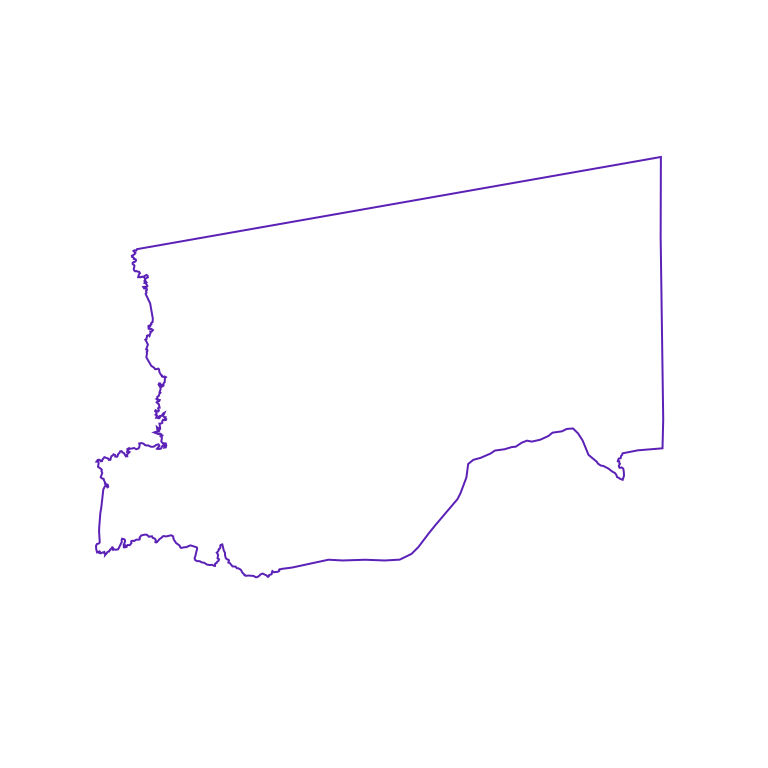 outline of Pegunungan Bintang, Papua, Indonesia, rotated 260°
{"feature_id": "22746128B40289792856685", "entity_name": "Pegunungan Bintang", "entity_type": "district", "adm_level": 2, "iso_a3": "IDN", "parent_name": "Indonesia", "parent_adm1": "Papua", "projection": "natural_earth1", "projection_center": [140.263, -4.495], "detail": "fine", "context": "isolated", "style": "outline", "palette": "violet", "viewbox_px": 768, "rotation_deg": 260, "n_neighbors": 0, "source": "geoboundaries", "source_scale": "gbopen_adm2", "svg_char_len": 6091}
<svg xmlns="http://www.w3.org/2000/svg" viewBox="0 0 768 768"><g transform="rotate(260 384 384)"><path d="M559.5,696.1L559.7,164.2L558.5,163.3L559.0,161.5L558.5,160.4L556.2,162.0L555.1,160.8L554.0,157.9L553.0,157.9L552.4,159.0L551.5,159.5L550.6,159.3L550.0,161.0L548.5,161.2L547.4,159.6L547.6,158.6L546.8,157.4L545.6,157.4L544.7,158.4L543.7,158.8L540.5,157.4L539.2,157.7L538.2,158.6L538.4,159.6L537.6,160.5L537.0,162.3L535.5,162.9L534.5,161.7L531.9,160.5L531.8,161.7L531.4,162.4L531.7,163.5L531.4,164.2L531.7,165.0L530.8,166.2L532.0,167.0L532.6,169.2L531.5,170.0L530.1,170.0L529.0,166.8L528.0,166.9L527.2,166.1L526.5,167.2L525.6,167.6L525.8,166.2L525.1,165.7L524.6,167.0L521.6,168.0L521.0,167.0L521.4,163.8L519.7,164.4L519.3,166.8L517.9,166.9L517.0,165.7L515.3,166.0L514.2,164.9L504.0,167.7L488.5,167.7L485.2,166.9L484.9,165.9L484.0,165.1L483.4,165.4L482.8,164.6L481.8,164.0L482.4,163.1L481.9,162.0L480.2,161.9L480.7,162.7L479.1,162.4L478.7,164.4L477.2,165.8L476.0,164.2L476.3,163.0L475.0,163.0L471.9,161.3L472.7,160.7L473.0,159.9L472.6,158.9L471.4,158.7L470.4,158.0L469.7,158.1L469.0,156.6L468.2,157.1L463.8,158.3L459.4,155.8L458.9,156.8L457.6,156.8L456.7,155.8L455.6,156.0L451.5,154.6L442.2,158.0L440.0,160.4L438.4,161.1L438.1,162.7L438.4,164.2L437.5,165.0L434.7,164.9L431.8,165.9L430.9,166.9L430.0,166.6L429.3,167.8L429.5,169.3L428.6,170.4L427.9,169.3L423.8,168.3L423.1,167.1L420.6,166.5L420.0,164.8L421.6,164.8L421.5,163.7L423.3,163.8L423.7,162.8L422.7,161.9L419.0,163.3L417.3,162.9L414.8,161.5L414.2,162.2L413.5,161.2L411.6,160.3L410.7,158.5L409.7,158.2L408.8,158.5L408.6,157.5L407.7,158.5L407.1,160.3L406.2,159.6L406.1,157.6L405.4,156.9L403.0,158.8L399.8,158.9L400.0,158.1L399.3,157.3L396.9,157.7L396.2,156.9L396.8,155.4L397.8,154.5L397.0,153.9L396.1,154.7L394.3,154.9L393.4,153.7L392.4,154.9L390.4,153.8L390.4,155.2L389.5,155.7L389.3,156.6L389.9,157.4L390.8,156.6L391.4,157.4L391.3,159.4L393.5,161.7L393.9,162.9L392.2,161.8L391.3,160.6L389.4,161.9L389.2,163.1L387.9,162.5L387.3,163.4L386.4,162.9L386.5,161.3L387.2,160.3L386.0,159.2L384.2,158.9L383.8,157.6L384.0,156.0L378.9,155.9L377.6,154.7L379.8,154.0L381.0,152.9L377.6,152.9L376.3,153.8L376.5,150.9L376.2,149.2L373.8,153.2L373.8,154.7L373.1,155.9L371.9,155.0L371.6,156.6L370.4,155.5L369.4,155.9L366.1,154.7L364.2,155.7L363.3,158.8L361.2,158.9L359.5,158.1L359.5,156.5L361.5,157.3L362.2,156.2L361.1,154.7L359.1,153.2L359.1,150.5L359.7,149.2L362.0,152.1L363.7,151.5L363.6,149.2L362.3,146.4L362.4,144.7L362.9,143.2L364.6,140.9L364.6,139.5L365.5,137.8L366.9,137.0L368.0,134.7L367.9,132.6L366.5,132.8L364.6,132.2L363.2,131.1L362.8,128.7L364.4,126.7L364.2,124.8L364.4,122.7L364.0,121.3L365.0,121.4L364.5,120.0L363.2,119.9L362.0,119.3L362.2,120.5L361.2,121.6L359.2,118.7L357.4,118.6L357.5,117.3L361.4,115.7L362.0,114.5L363.5,113.9L363.4,112.4L362.1,111.6L361.1,110.0L359.5,109.3L358.7,108.4L359.2,106.7L360.6,107.0L361.7,105.4L360.8,104.5L360.2,103.0L356.8,101.3L357.1,99.8L358.3,99.7L360.5,95.9L358.1,93.3L357.1,93.0L357.0,91.8L358.7,90.8L359.0,89.0L357.5,87.4L357.0,89.1L355.6,89.2L352.1,88.0L349.2,90.9L348.3,91.2L347.3,90.6L345.3,91.1L341.4,88.8L339.9,90.0L339.3,91.4L337.7,91.5L335.1,92.3L334.4,91.8L333.7,92.1L333.4,93.6L332.8,94.4L330.7,94.6L330.3,93.7L331.4,93.3L332.0,92.4L331.7,91.4L329.0,89.3L312.0,84.3L306.0,82.2L292.5,78.7L288.3,77.8L277.8,76.6L276.9,76.1L276.4,75.2L276.3,73.6L274.7,72.3L271.5,71.9L268.0,72.2L268.6,74.8L268.2,75.0L267.2,74.2L266.4,75.7L267.0,77.4L266.9,78.5L267.2,79.4L266.2,79.7L265.6,79.3L265.0,80.0L264.0,79.7L265.6,81.7L266.7,82.6L266.8,84.2L267.5,84.5L267.9,85.5L268.6,85.6L269.1,86.9L270.3,87.8L270.3,88.3L269.8,88.6L268.9,88.8L268.1,88.3L267.7,88.4L268.0,89.4L267.3,91.4L267.4,93.5L273.9,98.3L275.8,98.5L277.1,99.2L276.1,101.4L275.1,101.8L273.7,101.6L272.2,100.5L271.0,100.6L269.8,101.2L269.8,100.7L270.4,99.7L268.5,99.4L268.2,99.6L268.2,102.1L268.6,102.5L269.3,102.4L270.0,103.6L269.4,105.6L271.2,107.7L272.7,107.6L273.3,108.1L273.3,109.3L272.7,110.7L273.7,112.8L273.3,116.2L273.8,116.6L275.4,116.8L277.0,118.7L277.2,121.9L276.9,123.7L276.5,124.5L274.3,126.1L274.5,127.0L274.3,129.1L272.6,129.5L271.7,131.3L270.4,132.0L269.6,132.1L268.0,131.4L267.5,132.0L267.8,133.1L270.1,135.8L271.3,138.3L272.5,140.0L272.4,141.0L271.7,142.9L272.0,148.1L270.7,149.8L267.5,149.9L263.4,151.7L260.6,154.5L258.2,155.2L257.8,155.7L257.9,158.8L257.6,161.3L258.1,162.5L258.7,165.4L255.7,171.2L254.6,171.5L247.0,168.2L245.4,167.2L243.4,167.5L242.0,169.2L241.5,171.8L240.3,173.0L239.0,176.1L236.9,178.3L236.0,180.8L235.8,183.1L234.4,185.3L234.2,186.0L236.2,186.5L236.7,187.0L236.8,188.1L237.9,188.8L238.6,190.3L240.0,191.1L241.2,189.8L244.6,191.0L247.0,190.0L247.4,190.8L248.8,192.2L250.1,192.6L250.2,193.3L251.0,194.2L253.6,194.9L253.9,195.2L254.1,196.9L247.9,197.3L245.3,198.1L243.0,197.7L240.4,197.9L238.8,198.7L237.9,200.4L237.1,200.7L235.2,199.7L234.5,201.0L230.7,203.1L229.9,206.2L228.1,207.1L227.8,208.5L226.0,210.7L222.5,211.9L220.5,213.6L219.9,213.4L219.1,214.7L218.9,217.3L217.6,222.3L216.0,224.1L215.8,225.6L216.9,228.0L217.9,229.3L218.4,231.6L215.6,235.4L214.7,235.7L214.2,236.5L214.5,237.0L215.8,237.7L216.1,240.0L216.5,240.5L218.1,240.9L219.1,241.6L217.8,242.7L217.5,246.7L218.0,248.2L219.4,248.5L219.7,249.2L219.4,250.2L219.7,250.8L219.2,261.7L220.6,298.8L217.4,312.6L214.2,334.9L210.1,354.0L208.3,368.9L211.9,381.6L217.4,389.5L229.3,402.3L236.5,410.6L257.9,436.4L262.9,440.2L277.6,448.9L290.6,453.0L293.8,458.8L294.5,466.3L297.0,476.8L299.2,481.7L298.8,491.3L299.7,498.9L299.4,502.9L302.2,509.2L303.4,514.9L301.6,519.5L302.0,528.2L304.2,536.8L306.8,541.5L306.5,551.1L308.0,556.1L307.4,562.4L301.7,566.5L293.9,569.8L278.7,573.1L270.4,580.1L268.6,580.8L267.5,581.8L266.1,583.3L265.1,585.9L261.7,590.4L258.4,593.3L256.1,596.1L254.2,597.0L251.8,597.4L251.0,598.7L249.9,599.7L248.2,602.4L251.9,604.4L255.6,604.9L259.1,604.9L260.6,603.5L260.4,601.8L260.7,601.3L262.6,601.0L264.4,602.5L265.3,602.0L267.0,602.2L267.2,601.0L267.5,600.8L269.8,602.2L269.8,604.1L272.2,605.2L272.8,606.2L274.3,606.9L274.6,622.5L272.3,647.1L300.5,652.8L480.3,681.9L559.5,696.1Z" fill="none" stroke="#5b21b6" stroke-width="2"/></g></svg>